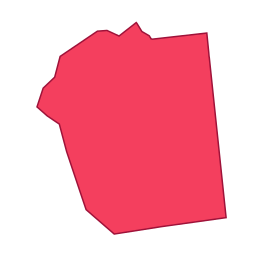 outline of Adams, Pennsylvania, United States of America, rotated 264°
{"feature_id": "52423323B75769363795569", "entity_name": "Adams", "entity_type": "district", "adm_level": 2, "iso_a3": "USA", "parent_name": "United States of America", "parent_adm1": "Pennsylvania", "projection": "natural_earth1", "projection_center": [-77.13, 39.895], "detail": "fine", "context": "isolated", "style": "filled", "palette": "rose", "viewbox_px": 256, "rotation_deg": 264, "n_neighbors": 0, "source": "geoboundaries", "source_scale": "gbopen_adm2", "svg_char_len": 562}
<svg xmlns="http://www.w3.org/2000/svg" viewBox="0 0 256 256"><g transform="rotate(264 128 128)"><path d="M214.2,216.3L213.8,161.5L214.4,160.1L215.0,160.0L216.3,159.3L217.3,158.9L217.6,158.6L222.5,151.9L231.1,147.8L232.0,147.2L220.4,128.7L227.2,117.3L227.5,107.7L206.3,68.0L186.2,60.4L176.5,47.8L158.5,39.7L148.5,48.9L142.1,56.5L139.1,60.1L111.0,64.5L71.3,73.3L51.2,77.8L44.1,84.4L24.0,103.2L26.4,150.8L28.6,216.2L115.7,216.2L117.1,216.2L126.4,216.2L190.1,216.2L190.4,216.1L194.8,216.2L214.2,216.3Z" fill="#f43f5e" stroke="#9f1239" stroke-width="1.5"/></g></svg>